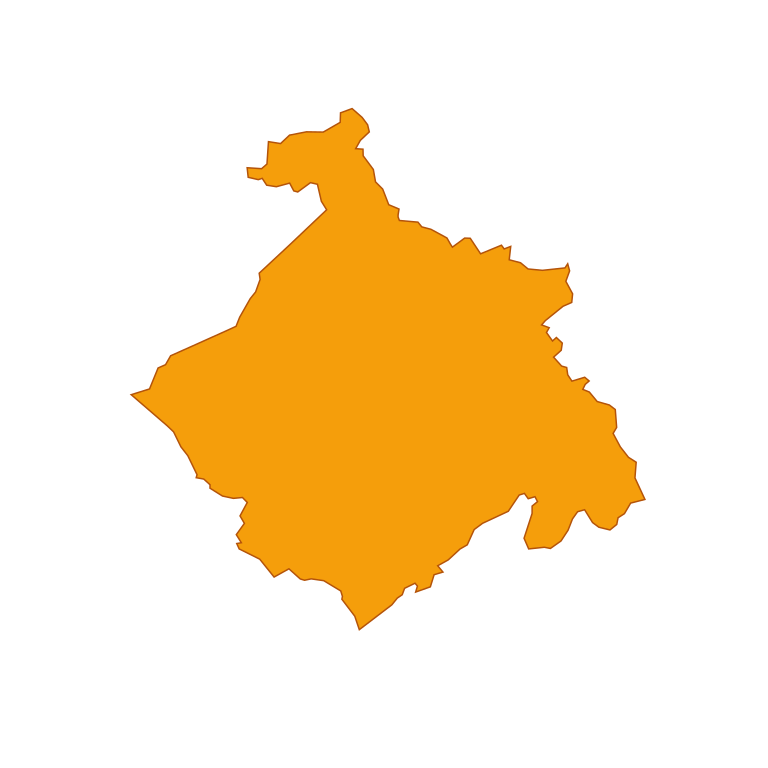 outline of Barranquitas, Puerto Rico, rotated 229°
{"feature_id": "32010507B21184218191895", "entity_name": "Barranquitas", "entity_type": "district", "adm_level": 2, "iso_a3": "PRI", "parent_name": "Puerto Rico", "parent_adm1": "", "projection": "robinson", "projection_center": [-66.311, 18.201], "detail": "fine", "context": "isolated", "style": "filled", "palette": "amber", "viewbox_px": 768, "rotation_deg": 229, "n_neighbors": 0, "source": "geoboundaries", "source_scale": "gbopen_adm2", "svg_char_len": 2271}
<svg xmlns="http://www.w3.org/2000/svg" viewBox="0 0 768 768"><g transform="rotate(229 384 384)"><path d="M214.8,204.2L212.2,245.1L213.7,253.6L213.0,259.5L216.3,265.5L213.3,276.7L209.6,276.7L206.2,271.4L200.5,285.9L207.2,296.7L203.4,305.1L211.6,305.3L209.1,317.1L209.6,333.1L208.0,341.3L215.0,356.6L214.2,367.0L206.4,394.3L211.5,413.2L209.3,418.2L202.8,417.6L199.9,424.0L194.5,422.7L194.7,415.7L189.1,410.8L175.7,388.5L164.6,385.0L155.6,397.9L150.7,401.7L149.4,414.6L152.9,427.0L158.5,437.7L160.6,446.3L157.5,452.9L142.6,450.5L134.9,452.2L125.6,458.8L125.3,467.5L129.5,472.9L128.4,480.4L132.3,492.0L125.7,505.2L148.5,511.8L159.5,523.0L168.3,520.4L181.5,521.1L196.4,524.5L198.6,531.1L213.0,541.8L220.3,540.3L230.9,533.4L243.2,533.7L249.5,530.5L251.7,535.6L251.7,540.8L257.4,539.9L262.9,527.7L270.4,528.7L276.6,532.7L281.0,529.8L293.0,529.6L293.2,539.9L297.9,545.4L306.0,544.6L305.9,539.4L316.3,540.4L318.1,545.6L325.2,541.7L326.0,547.4L325.2,570.1L322.4,579.2L328.3,585.5L342.2,588.6L347.6,598.3L354.2,601.5L352.9,596.7L365.8,578.2L376.3,568.2L385.9,566.6L395.6,560.0L404.7,569.9L407.1,563.3L411.7,563.7L418.9,542.3L437.4,544.7L441.2,540.6L442.4,525.4L446.0,525.9L452.9,527.3L470.0,520.9L477.8,515.6L483.9,515.8L497.3,502.9L500.8,504.2L502.3,505.5L506.2,510.1L516.2,505.2L532.0,510.9L542.1,510.2L552.9,516.7L569.9,518.0L575.0,522.2L580.2,517.0L583.4,526.0L583.9,538.3L590.4,541.7L599.5,542.4L612.8,540.6L617.2,529.1L610.2,522.6L614.0,503.4L625.2,490.9L633.8,476.0L633.3,463.7L642.7,455.8L626.8,440.0L626.8,432.9L637.0,422.6L629.1,417.1L620.7,423.2L619.1,427.0L611.0,425.9L603.5,432.2L597.5,444.6L588.9,442.6L585.5,444.9L584.2,460.6L578.4,464.8L563.0,456.6L553.1,455.0L550.9,403.7L549.5,362.5L544.2,359.1L537.7,347.5L536.2,339.1L529.1,318.9L524.6,310.2L527.1,301.6L538.2,264.8L545.3,241.5L541.9,231.8L544.3,224.0L534.1,203.8L541.8,186.2L494.5,193.0L485.9,193.8L469.8,189.5L458.6,188.9L438.2,183.4L436.5,180.8L430.5,185.6L422.1,186.6L419.5,184.3L405.4,188.6L396.5,195.3L391.2,202.7L384.3,203.1L378.9,188.8L370.4,187.2L367.2,173.7L357.8,172.2L360.2,168.2L354.5,166.5L333.3,175.3L310.4,174.4L306.9,191.0L291.8,192.9L288.0,195.3L284.7,201.2L275.1,209.5L256.2,215.6L251.0,213.3L249.2,211.0L227.9,209.6L214.8,204.2Z" fill="#f59e0b" stroke="#b45309" stroke-width="1.5"/></g></svg>